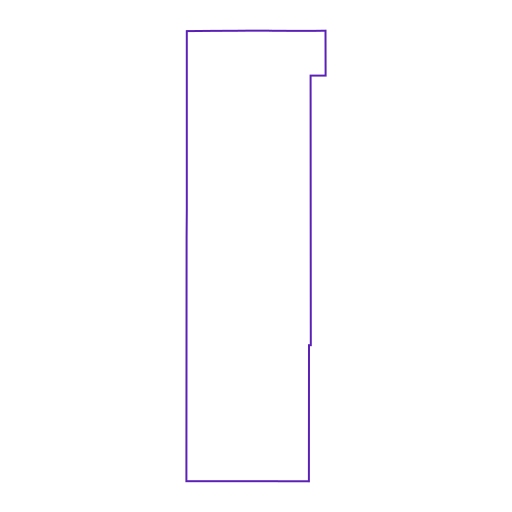 Washington, Oklahoma, United States of America (Robinson projection)
{"feature_id": "52423323B53714318951384", "entity_name": "Washington", "entity_type": "district", "adm_level": 2, "iso_a3": "USA", "parent_name": "United States of America", "parent_adm1": "Oklahoma", "projection": "robinson", "projection_center": [-95.895, 36.711], "detail": "fine", "context": "isolated", "style": "outline", "palette": "violet", "viewbox_px": 512, "rotation_deg": 0, "n_neighbors": 0, "source": "geoboundaries", "source_scale": "gbopen_adm2", "svg_char_len": 401}
<svg xmlns="http://www.w3.org/2000/svg" viewBox="0 0 512 512"><path d="M186.8,31.1L186.8,210.0L186.6,236.6L186.4,468.6L186.4,481.2L238.9,481.2L262.4,481.2L308.9,481.3L309.0,345.2L310.8,345.2L310.7,220.4L310.6,75.6L325.6,75.6L325.5,30.7L311.8,30.9L273.6,30.8L269.0,30.7L268.2,30.7L266.9,30.7L245.5,30.7L233.9,30.8L228.2,30.8L210.5,30.9L186.8,31.1Z" fill="none" stroke="#5b21b6" stroke-width="2"/></svg>